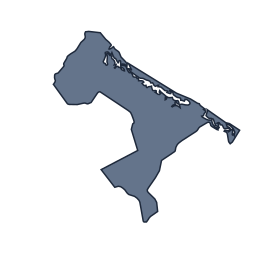 outline of Lagunes, rotated 217°
{"feature_id": "CIV-3458", "entity_name": "Lagunes", "entity_type": "Department", "adm_level": 1, "iso_a3": "CIV", "parent_name": "Ivory Coast", "parent_adm1": "", "projection": "robinson", "projection_center": [-4.434, 5.74], "detail": "fine", "context": "isolated", "style": "filled", "palette": "slate", "viewbox_px": 256, "rotation_deg": 217, "n_neighbors": 0, "source": "natural_earth", "source_scale": "10m", "svg_char_len": 5859}
<svg xmlns="http://www.w3.org/2000/svg" viewBox="0 0 256 256"><g transform="rotate(217 128 128)"><path d="M207.5,187.4L199.1,185.4L194.9,185.1L192.1,184.5L191.4,184.2L191.1,183.7L191.2,182.7L191.4,182.0L191.3,181.3L190.4,180.5L191.1,179.1L190.2,180.0L189.4,181.3L188.9,182.8L188.7,184.1L188.0,184.1L186.9,183.4L185.2,183.2L181.5,183.3L180.3,182.9L176.3,180.5L170.0,179.5L167.2,178.6L165.8,176.3L167.5,176.9L169.4,176.7L171.1,175.7L172.0,174.2L173.4,176.0L174.0,176.7L174.7,177.0L175.3,176.8L175.6,176.2L175.5,175.5L175.1,174.9L175.1,174.2L176.3,174.5L179.4,175.9L180.0,176.0L180.9,175.6L183.0,176.5L186.2,178.5L186.0,177.8L185.9,176.8L185.6,176.3L187.0,176.3L189.4,176.7L190.4,176.3L191.6,174.7L191.0,173.8L189.9,173.0L189.2,171.8L188.2,168.4L188.0,166.9L187.7,166.1L186.9,165.6L186.0,165.4L185.0,165.8L184.4,165.4L183.6,165.1L182.8,165.3L182.5,166.2L182.7,166.8L184.7,168.3L186.9,171.8L188.3,173.4L189.9,174.2L189.0,175.5L187.7,175.4L186.1,175.0L185.0,175.6L184.3,175.6L183.2,174.1L182.4,173.7L181.4,173.8L180.0,173.6L179.1,173.2L178.0,172.5L177.2,171.5L177.0,170.1L176.5,170.6L176.0,171.0L175.7,171.5L175.4,170.6L175.1,169.8L175.0,169.0L175.1,167.9L174.4,167.9L174.3,169.4L173.9,170.6L173.1,171.2L172.0,170.8L171.3,171.4L170.4,171.5L169.3,171.3L168.3,170.8L166.2,171.1L165.2,171.5L166.0,172.4L167.5,172.8L168.9,172.7L170.1,172.1L171.4,173.6L170.2,174.6L168.6,175.6L167.0,176.0L165.5,175.3L164.4,174.5L162.4,173.5L160.5,172.9L159.7,173.2L159.0,174.1L157.3,173.6L154.7,172.1L153.5,172.5L152.6,173.2L151.6,173.5L150.4,172.9L149.9,173.5L149.3,173.5L148.6,173.0L148.0,172.1L145.5,174.0L144.3,174.5L143.0,174.2L143.2,173.7L143.4,172.6L143.6,172.1L141.3,171.6L140.3,171.8L139.3,172.9L138.6,172.2L137.8,171.7L137.1,171.7L136.5,173.3L135.1,174.6L134.4,175.6L133.8,174.9L132.7,174.0L131.5,173.2L130.7,172.9L129.8,173.4L128.8,174.4L127.9,174.7L127.0,173.6L127.3,173.3L127.5,173.2L127.7,172.9L124.3,173.0L123.0,173.7L122.7,175.6L123.5,175.2L124.3,175.3L124.9,176.0L125.2,177.0L123.5,176.6L117.1,176.3L116.8,175.3L116.3,174.4L115.3,172.9L114.8,173.8L114.8,174.6L115.1,175.3L115.9,175.6L115.9,176.3L114.2,176.6L113.0,177.3L111.0,179.1L109.3,177.9L107.4,178.0L105.7,178.9L104.8,179.8L104.2,179.8L103.6,179.5L102.8,179.0L102.1,178.3L101.7,177.7L102.8,177.2L103.7,177.3L104.7,177.6L106.0,177.7L105.8,176.7L105.5,176.1L105.0,175.8L104.2,175.6L104.2,174.9L105.1,174.4L105.7,173.7L106.0,172.7L106.0,171.5L105.4,171.5L104.3,173.8L102.8,175.1L100.9,175.6L98.6,175.6L101.1,177.7L99.3,179.5L95.9,181.1L93.7,182.6L93.1,184.1L93.3,185.0L94.1,185.7L95.5,186.1L97.2,186.2L98.8,185.9L99.7,185.2L99.2,184.1L99.2,183.3L101.5,182.6L102.6,181.9L103.0,182.4L103.5,183.0L104.2,183.3L105.3,183.0L107.1,182.1L108.5,181.9L111.3,181.9L112.1,182.1L112.7,182.6L113.1,183.0L113.4,183.3L114.7,183.5L115.7,183.4L117.8,182.6L116.8,182.7L115.7,182.6L114.9,182.2L114.6,181.2L115.2,180.7L118.3,179.8L118.3,181.2L119.0,181.2L121.0,180.1L126.3,180.5L128.9,179.1L129.3,180.6L130.0,180.0L130.7,178.6L131.3,177.7L133.0,177.8L134.4,178.5L135.6,178.9L136.8,177.7L138.5,178.5L140.3,178.2L142.1,177.4L145.8,176.7L148.1,175.2L149.5,174.9L160.6,174.6L163.4,175.6L162.5,176.1L161.6,176.3L160.7,176.4L159.7,176.3L166.4,179.8L138.3,182.4L110.2,185.0L95.4,188.8L87.3,189.6L85.7,190.3L84.7,189.8L83.7,189.5L78.8,189.4L77.7,189.6L77.7,188.9L78.0,188.9L78.6,189.0L78.8,188.9L78.9,188.2L76.3,188.3L75.7,187.1L75.8,185.2L75.2,183.3L76.3,181.8L75.2,181.4L70.3,182.1L68.7,182.7L67.2,183.6L66.0,184.8L64.5,183.3L61.9,181.8L58.8,181.1L56.1,181.9L55.8,181.5L55.2,180.9L55.0,180.7L55.9,180.3L61.5,179.7L62.7,179.7L63.5,179.9L64.8,181.0L65.8,181.4L66.5,181.4L67.0,181.2L67.4,180.9L67.7,180.5L68.1,179.8L71.3,172.0L71.4,171.4L71.5,170.8L71.3,168.4L71.3,167.7L71.4,166.9L71.7,165.8L77.4,150.3L78.4,146.6L78.6,145.2L78.6,143.9L78.2,141.8L78.1,141.2L77.2,139.5L76.8,138.6L76.6,138.2L76.5,137.7L76.7,136.8L81.7,122.3L77.2,112.8L76.2,104.8L75.7,92.3L75.4,90.2L74.5,89.2L73.1,88.7L63.9,87.5L60.3,85.8L54.1,79.2L56.8,70.9L57.0,68.2L56.8,67.6L56.7,64.1L58.3,62.8L58.7,62.6L59.3,62.6L60.0,63.0L73.8,75.8L75.5,76.8L78.5,77.4L80.9,77.4L81.8,77.3L87.3,75.4L88.0,75.4L89.3,75.5L90.7,75.9L91.1,76.0L91.9,76.3L92.4,76.4L93.2,76.7L96.1,76.9L98.6,76.7L100.7,75.6L102.9,72.7L124.4,78.6L106.7,115.9L124.5,128.9L126.7,134.1L126.3,135.7L127.1,136.9L128.6,138.0L132.8,140.7L135.4,142.0L138.4,142.1L172.2,140.1L173.1,139.0L173.3,138.3L173.4,137.6L172.8,126.2L174.6,123.1L176.0,122.4L176.7,122.3L177.7,121.8L178.8,120.7L182.6,116.2L189.2,111.4L190.0,111.1L190.7,110.9L191.3,111.0L213.9,118.0L213.8,118.7L214.1,121.2L214.7,122.3L215.7,122.9L216.9,123.9L218.3,125.9L218.6,126.7L218.6,127.2L218.2,128.1L217.2,129.4L216.9,130.1L216.4,138.2L216.5,139.2L216.9,139.6L217.3,139.9L217.7,140.2L218.0,140.6L218.2,141.1L218.3,141.9L218.8,146.5L219.0,147.3L219.2,147.7L219.4,148.2L219.4,149.1L219.2,150.1L218.4,152.8L216.7,157.1L216.5,158.2L216.4,160.6L217.1,167.9L216.3,172.4L216.3,173.0L216.4,173.6L216.5,174.1L216.7,174.6L216.9,175.0L217.2,175.3L218.9,176.9L219.2,177.3L219.4,177.7L219.6,178.2L219.7,178.7L219.8,179.3L217.5,181.5L207.5,187.4L207.5,187.4ZM46.9,184.0L47.5,183.7L48.0,183.5L49.3,183.3L49.3,184.1L48.6,184.9L46.5,186.1L45.6,186.8L45.6,184.8L44.3,189.0L43.7,190.3L40.7,185.4L40.0,185.4L40.0,185.7L40.0,186.8L38.8,186.1L40.2,189.0L43.9,190.9L48.3,191.4L51.8,190.3L50.4,189.1L48.9,189.1L47.3,189.4L45.6,188.9L45.6,188.2L46.5,188.3L47.3,188.2L47.9,187.9L48.6,187.5L49.1,187.0L50.3,185.7L50.6,185.4L51.9,185.7L53.4,186.6L54.9,187.0L56.1,186.1L57.2,186.8L58.3,187.1L59.2,186.7L59.8,185.4L58.2,185.7L57.4,184.8L56.8,183.8L55.5,183.3L55.5,182.6L56.7,183.3L59.7,182.8L65.2,186.4L67.5,185.7L68.8,184.6L70.0,184.4L73.1,184.8L73.4,185.5L74.0,187.3L74.7,189.2L75.8,190.3L53.1,191.1L49.6,192.6L37.5,193.4L36.2,179.6L36.9,176.9L38.0,177.2L39.0,177.5L39.8,178.0L44.5,182.5L45.5,183.3L46.7,183.9L46.9,184.0Z" fill="#64748b" stroke="#1e293b" stroke-width="1.5"/></g></svg>